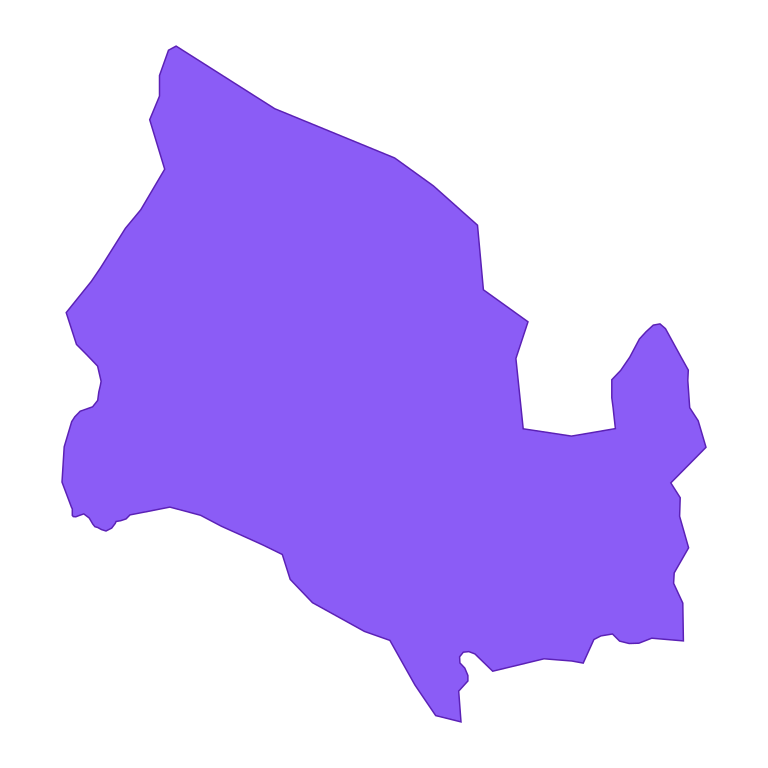 the district of Macina, Ségou, Mali
{"feature_id": "8926073B71452714760112", "entity_name": "Macina", "entity_type": "district", "adm_level": 2, "iso_a3": "MLI", "parent_name": "Mali", "parent_adm1": "Ségou", "projection": "mercator", "projection_center": [-5.365, 14.021], "detail": "fine", "context": "isolated", "style": "filled", "palette": "violet", "viewbox_px": 768, "rotation_deg": 0, "n_neighbors": 0, "source": "geoboundaries", "source_scale": "gbopen_adm2", "svg_char_len": 1436}
<svg xmlns="http://www.w3.org/2000/svg" viewBox="0 0 768 768"><path d="M665.5,328.7L660.0,323.9L653.3,325.1L646.1,331.7L639.4,339.0L629.8,357.1L620.7,370.4L611.8,379.7L611.8,397.8L613.1,407.7L613.8,414.3L615.4,428.6L571.4,436.1L523.2,428.8L515.9,358.5L528.0,321.8L483.4,289.8L477.5,225.2L433.4,185.9L394.7,158.0L274.7,108.7L176.1,46.1L168.5,50.2L159.5,75.5L159.5,96.1L149.7,119.7L164.7,169.2L140.8,209.7L125.4,228.3L100.6,267.7L91.3,281.4L66.2,312.6L76.5,344.5L86.5,354.5L97.6,366.1L101.1,381.3L100.4,385.2L98.8,392.0L97.7,400.4L92.6,406.8L80.2,411.2L74.8,416.8L71.7,421.6L64.2,446.8L62.0,482.1L71.6,507.6L72.3,508.8L72.3,515.4L73.3,516.6L75.8,516.8L79.5,515.4L83.8,513.9L89.2,518.0L92.8,524.1L94.9,526.7L97.7,527.5L101.5,529.6L106.0,531.0L111.7,528.1L115.2,523.5L116.1,521.5L120.7,520.7L126.1,518.9L130.0,514.9L169.9,507.1L200.6,515.3L221.3,526.2L262.5,544.8L282.3,554.5L290.2,579.4L312.5,602.7L364.4,631.4L389.9,640.4L415.0,685.1L435.7,715.6L461.0,721.9L458.7,691.1L467.9,681.0L467.9,675.5L464.8,668.1L459.9,662.9L459.6,656.8L463.3,652.2L468.8,651.6L474.9,653.9L492.7,671.2L544.0,658.8L571.8,661.0L583.2,663.1L593.9,639.5L600.9,635.9L612.5,634.0L619.6,641.1L629.1,643.5L638.9,643.2L651.7,638.2L683.4,640.9L682.8,603.1L673.6,583.3L674.2,572.9L688.6,547.8L679.6,516.3L680.2,497.7L670.8,482.9L706.0,447.3L698.2,420.8L689.7,407.7L687.8,380.5L688.3,370.1L681.0,357.0L665.5,328.7Z" fill="#8b5cf6" stroke="#5b21b6" stroke-width="1.5"/></svg>